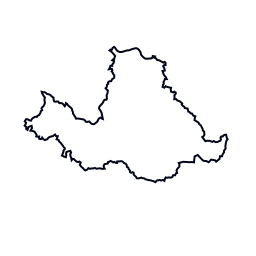 Esmeralda, Rio Grande do Sul, Brazil (Robinson projection), rotated 315°
{"feature_id": "56859067B97850438953486", "entity_name": "Esmeralda", "entity_type": "district", "adm_level": 2, "iso_a3": "BRA", "parent_name": "Brazil", "parent_adm1": "Rio Grande do Sul", "projection": "robinson", "projection_center": [-51.184, -28.039], "detail": "fine", "context": "isolated", "style": "outline", "palette": "ink", "viewbox_px": 256, "rotation_deg": 315, "n_neighbors": 0, "source": "geoboundaries", "source_scale": "gbopen_adm2", "svg_char_len": 4827}
<svg xmlns="http://www.w3.org/2000/svg" viewBox="0 0 256 256"><g transform="rotate(315 128 128)"><path d="M175.5,60.8L173.9,60.5L171.9,61.2L171.0,60.1L169.8,60.1L170.2,62.2L170.2,64.5L170.0,66.2L169.9,67.9L168.2,68.7L167.0,69.5L165.9,68.9L164.7,69.0L165.5,70.8L163.7,71.9L161.9,71.9L160.8,72.9L159.6,71.6L157.9,72.5L156.1,73.0L157.2,73.8L158.4,74.7L157.8,76.1L156.4,76.4L156.4,78.1L155.7,79.1L155.6,81.0L153.8,82.7L151.2,82.3L149.2,83.0L147.9,81.8L146.1,81.6L145.3,82.8L143.6,82.6L142.7,83.5L141.6,84.1L140.3,84.0L140.1,85.4L140.3,87.2L138.4,88.7L137.2,89.3L135.7,90.0L134.9,91.1L133.8,92.4L132.7,92.7L131.4,91.5L130.0,91.6L128.9,92.1L127.3,92.5L125.1,92.5L122.8,92.7L121.3,93.7L120.8,96.2L120.1,98.5L116.6,103.8L116.1,102.6L116.0,101.3L114.6,100.8L113.2,100.9L111.0,101.7L109.5,101.7L108.1,101.5L106.7,101.3L105.5,99.9L105.1,98.4L105.3,96.1L103.7,95.0L102.7,94.0L102.9,91.9L102.7,90.6L101.3,88.7L100.1,86.9L98.9,85.5L97.9,84.7L98.7,82.0L99.0,80.5L99.4,78.8L100.4,77.7L100.9,76.2L101.9,74.7L101.9,72.7L101.7,71.3L101.7,69.4L102.0,68.0L101.7,66.5L100.0,67.6L98.7,67.9L98.9,66.3L99.0,64.2L98.1,62.9L97.0,61.8L97.4,60.2L96.7,59.1L95.5,58.4L94.6,57.1L95.4,55.4L96.8,53.9L96.4,51.8L96.4,49.7L96.0,48.4L94.8,46.7L94.7,44.8L94.2,43.5L93.2,42.6L92.6,41.4L91.9,42.5L91.5,43.8L91.1,45.6L90.8,47.7L89.7,48.3L88.5,49.3L87.5,51.0L85.9,52.1L84.4,52.6L83.2,52.8L81.7,52.6L80.7,53.0L79.9,54.8L78.4,54.4L76.9,55.3L75.8,55.6L74.1,56.0L72.5,55.3L71.4,55.7L70.1,54.3L69.0,54.1L67.9,53.7L66.4,53.7L64.5,54.2L63.6,52.6L63.3,51.2L62.3,49.7L59.7,50.3L59.6,52.3L58.3,52.9L56.6,53.2L56.7,55.4L55.3,56.8L55.6,58.3L58.4,56.9L61.4,58.3L60.2,60.1L57.2,60.9L58.5,62.6L59.3,64.7L58.5,68.3L57.2,69.0L57.8,70.1L59.2,71.2L57.6,72.7L58.2,74.0L59.2,74.5L60.5,74.1L60.2,75.6L60.6,77.7L63.2,78.9L64.2,78.6L66.0,78.8L67.5,79.5L69.0,80.6L71.8,81.0L71.4,82.8L72.5,84.1L69.5,85.5L70.5,87.3L69.8,88.6L69.9,90.7L69.4,94.5L69.0,96.2L69.1,97.5L68.1,98.3L66.4,98.3L65.5,99.2L61.8,100.8L62.5,102.9L63.4,104.7L65.2,103.5L66.4,102.0L67.6,101.4L71.1,103.4L70.4,105.1L68.4,105.9L67.5,107.1L66.8,108.7L65.4,110.9L67.1,110.7L67.8,111.8L67.7,113.3L67.8,115.2L68.7,116.9L69.9,117.4L70.2,118.9L69.1,119.5L67.9,120.0L67.7,121.5L67.6,123.2L67.8,124.7L67.6,126.5L67.8,127.8L69.8,128.6L71.6,128.4L72.3,130.0L73.5,130.7L75.0,132.1L76.4,132.9L76.8,134.4L78.2,135.5L79.6,136.6L80.9,138.7L82.7,140.2L83.1,138.9L84.1,137.5L85.9,137.0L87.3,138.0L88.6,138.8L89.7,138.0L90.8,138.6L92.4,138.9L92.9,140.5L93.3,141.9L94.5,142.5L94.6,143.9L95.6,145.0L96.7,144.0L97.7,144.9L98.5,145.7L99.7,146.5L100.5,148.1L100.4,149.9L101.1,151.7L100.9,153.2L99.7,154.8L100.2,156.1L99.4,157.7L99.3,159.4L98.2,160.6L98.6,161.9L100.1,162.5L100.3,163.8L99.0,165.1L99.1,167.0L99.1,168.5L98.7,169.8L99.6,170.8L100.9,171.8L102.2,172.3L102.8,173.7L103.9,175.1L104.0,176.4L104.8,177.7L105.3,178.8L106.3,180.1L107.3,181.6L108.4,183.7L109.1,185.7L110.7,185.5L111.8,185.7L112.7,186.7L113.7,187.2L114.1,188.4L116.1,189.6L116.4,191.1L117.8,190.2L119.7,189.6L120.4,190.8L121.9,191.8L123.2,193.4L124.7,194.0L126.6,193.3L127.9,194.7L129.9,194.0L130.9,194.5L132.2,192.4L133.8,191.8L137.1,191.6L138.8,189.9L139.1,188.7L142.1,190.3L143.1,190.9L147.7,196.1L149.1,197.2L150.4,199.0L152.7,197.0L155.1,195.2L158.2,196.4L158.0,203.9L158.6,205.2L159.9,206.6L160.9,209.3L164.5,209.2L166.8,212.6L166.5,214.1L170.8,214.6L173.1,213.0L174.5,214.5L176.3,213.5L178.7,213.1L179.7,212.0L182.6,211.5L183.7,210.0L186.3,208.0L188.8,206.5L190.5,206.4L190.9,204.8L191.7,203.5L192.6,202.1L191.5,201.1L190.0,200.8L189.0,201.0L188.0,200.0L186.7,200.1L185.7,201.7L184.4,202.3L181.5,201.2L179.9,199.9L179.5,197.9L177.8,197.4L176.6,194.7L174.5,192.6L173.4,192.1L174.1,186.9L175.7,187.2L177.4,186.8L178.1,185.7L179.3,184.4L179.2,182.7L180.0,181.5L180.7,179.7L181.3,177.7L181.1,175.3L181.7,174.1L180.6,169.5L182.6,167.9L183.9,167.3L182.9,165.5L183.5,163.1L182.6,161.8L182.8,160.3L182.3,159.0L183.9,156.4L182.2,154.0L182.9,152.8L182.4,151.2L182.5,149.5L183.7,149.0L183.6,146.7L183.1,144.8L182.4,143.7L182.4,141.3L181.1,140.3L182.6,139.2L183.9,137.7L185.8,137.6L186.8,136.7L186.4,135.0L185.1,134.9L184.1,132.8L185.4,131.0L186.9,130.0L184.7,126.6L184.1,125.0L182.2,125.2L181.5,123.4L183.2,122.3L184.5,122.1L185.7,120.5L187.1,120.3L188.8,119.4L190.0,120.8L190.8,118.5L190.8,116.5L191.5,114.6L192.7,112.1L194.6,113.4L195.7,111.9L196.6,109.1L198.0,109.1L199.0,110.1L200.6,108.5L200.7,107.2L199.3,106.9L197.9,102.1L196.7,100.7L197.0,98.6L196.3,96.5L197.6,96.4L196.4,94.6L194.8,95.6L193.2,94.9L191.9,93.7L190.9,92.9L189.8,91.9L189.2,90.8L188.9,89.4L188.9,87.2L189.1,85.4L190.0,84.0L190.6,82.6L190.9,81.0L191.0,79.3L190.5,77.7L189.5,76.7L188.4,76.1L186.9,75.2L185.2,74.5L184.1,73.9L183.1,73.4L182.1,72.4L180.3,71.4L178.8,70.7L177.8,70.1L176.8,69.3L175.9,68.4L175.3,67.1L175.0,65.4L175.3,63.7L175.6,62.0L175.5,60.8Z" fill="none" stroke="#020617" stroke-width="2"/></g></svg>